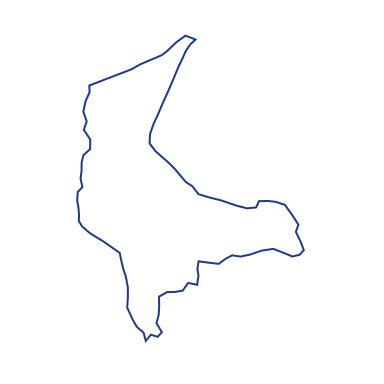 the district of Sobrado, Paraíba, Brazil, rotated 98°
{"feature_id": "56859067B78982550953926", "entity_name": "Sobrado", "entity_type": "district", "adm_level": 2, "iso_a3": "BRA", "parent_name": "Brazil", "parent_adm1": "Paraíba", "projection": "natural_earth1", "projection_center": [-35.255, -7.167], "detail": "fine", "context": "isolated", "style": "outline", "palette": "blue", "viewbox_px": 384, "rotation_deg": 98, "n_neighbors": 0, "source": "geoboundaries", "source_scale": "gbopen_adm2", "svg_char_len": 1341}
<svg xmlns="http://www.w3.org/2000/svg" viewBox="0 0 384 384"><g transform="rotate(98 192 192)"><path d="M38.1,220.2L45.7,228.2L56.3,236.6L60.9,241.3L68.3,253.6L72.9,261.2L78.9,269.0L100.8,308.5L107.6,307.3L116.7,310.0L127.5,310.8L136.8,306.1L145.5,307.8L154.1,300.1L163.7,298.9L170.6,304.6L178.0,305.4L186.3,304.3L194.3,304.2L202.4,301.2L207.8,305.1L216.1,304.6L223.9,302.1L230.3,300.7L236.6,300.0L241.6,295.8L247.2,287.0L253.5,272.4L262.4,255.1L270.0,252.4L277.0,249.7L284.9,245.8L295.2,242.3L305.4,240.8L315.5,240.1L326.7,232.9L333.3,227.8L337.9,220.5L345.9,217.0L339.0,212.8L340.2,205.8L335.0,202.3L327.0,208.9L318.4,207.9L310.4,208.5L300.2,210.1L294.6,202.8L293.3,194.7L290.9,187.4L282.6,183.2L283.2,174.0L273.6,174.0L267.4,176.0L259.7,175.8L259.7,166.7L259.4,155.5L253.5,149.5L249.1,143.3L249.2,135.1L245.8,125.5L240.5,115.2L237.0,103.6L239.3,93.6L241.9,83.6L239.2,76.7L233.9,73.2L226.0,77.6L217.0,83.6L209.5,82.1L201.5,89.0L191.8,98.2L190.1,107.8L190.3,115.9L191.8,124.4L198.4,126.4L200.5,135.2L199.4,145.6L196.2,162.3L194.9,174.8L193.2,185.4L186.3,192.4L182.9,199.6L177.9,205.2L172.1,211.6L166.8,218.5L161.0,227.3L156.4,234.2L149.7,240.8L140.4,241.6L130.2,239.6L119.3,236.3L107.6,233.2L96.8,230.0L83.3,226.3L70.2,222.9L61.7,220.2L53.4,217.8L46.1,214.3L40.5,209.8L38.1,220.2Z" fill="none" stroke="#1e3a8a" stroke-width="2"/></g></svg>